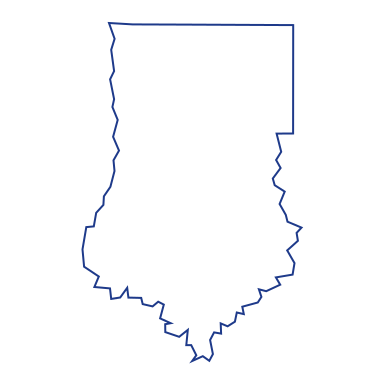 Bradley, Arkansas, United States of America
{"feature_id": "52423323B29165954447352", "entity_name": "Bradley", "entity_type": "district", "adm_level": 2, "iso_a3": "USA", "parent_name": "United States of America", "parent_adm1": "Arkansas", "projection": "robinson", "projection_center": [-92.174, 33.435], "detail": "fine", "context": "isolated", "style": "outline", "palette": "blue", "viewbox_px": 384, "rotation_deg": 0, "n_neighbors": 0, "source": "geoboundaries", "source_scale": "gbopen_adm2", "svg_char_len": 1093}
<svg xmlns="http://www.w3.org/2000/svg" viewBox="0 0 384 384"><path d="M109.0,23.0L114.6,38.8L111.2,49.8L114.1,71.1L110.1,79.3L114.1,99.2L112.4,107.0L117.7,119.9L113.1,136.8L119.0,150.6L113.5,160.3L114.5,171.0L110.4,186.8L103.9,196.3L103.4,204.9L96.2,212.8L93.8,226.4L86.3,227.1L82.5,249.4L84.1,266.7L98.8,276.5L94.4,287.0L110.0,288.4L111.2,298.9L120.2,297.5L127.2,287.8L128.4,297.6L141.2,297.9L142.7,304.1L152.6,306.4L158.2,301.7L163.8,304.6L160.1,318.4L170.7,323.2L165.2,324.2L165.3,332.1L179.2,336.8L187.8,329.9L186.3,345.1L191.2,345.1L196.3,355.3L192.2,361.0L202.8,356.2L209.3,360.8L212.9,354.1L210.1,340.0L214.1,332.4L221.1,333.6L220.7,323.4L227.6,326.3L234.9,321.7L236.8,312.5L243.8,314.1L242.3,306.7L257.8,302.5L261.4,296.9L258.9,289.3L266.2,291.2L280.2,284.7L275.9,277.4L292.6,274.6L294.5,263.1L287.2,250.4L297.9,240.8L296.6,232.9L301.5,227.6L287.5,221.7L285.8,214.9L279.6,204.0L284.7,191.6L274.7,185.2L272.8,178.5L280.6,168.0L276.1,160.0L281.2,151.8L276.6,133.6L293.1,133.5L293.2,29.7L293.2,25.1L185.1,24.6L132.7,24.4L109.0,23.0Z" fill="none" stroke="#1e3a8a" stroke-width="2"/></svg>